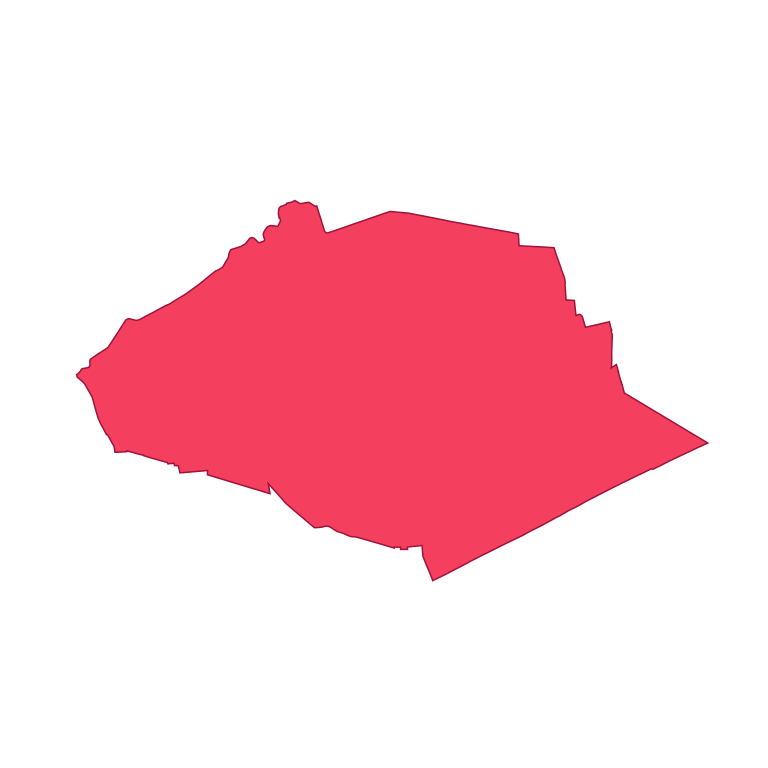 outline of San Nicolás de los Garza, Nuevo León, Mexico, rotated 162°
{"feature_id": "50627088B83196727930026", "entity_name": "San Nicolás de los Garza", "entity_type": "district", "adm_level": 2, "iso_a3": "MEX", "parent_name": "Mexico", "parent_adm1": "Nuevo León", "projection": "equal_earth", "projection_center": [-100.265, 25.736], "detail": "fine", "context": "isolated", "style": "filled", "palette": "rose", "viewbox_px": 768, "rotation_deg": 162, "n_neighbors": 0, "source": "geoboundaries", "source_scale": "gbopen_adm2", "svg_char_len": 5594}
<svg xmlns="http://www.w3.org/2000/svg" viewBox="0 0 768 768"><g transform="rotate(162 384 384)"><path d="M660.1,407.2L661.0,402.2L649.6,399.1L649.3,399.8L644.9,397.1L643.5,396.1L639.1,393.2L636.4,391.5L635.8,391.2L635.3,391.0L634.6,390.8L634.7,390.1L631.9,388.2L631.5,387.8L631.3,387.6L629.4,386.3L625.6,383.8L625.1,383.5L622.7,381.9L621.2,380.8L614.1,376.1L614.2,374.8L608.2,373.5L608.5,371.1L606.6,370.8L606.6,370.4L604.9,369.8L605.5,362.5L581.8,357.0L578.5,356.3L580.0,352.3L558.6,337.3L552.0,332.8L526.3,314.9L524.8,325.0L522.6,320.0L519.1,312.1L517.6,308.8L515.4,303.5L513.7,299.9L506.8,288.5L501.3,279.7L500.0,277.6L497.3,273.2L496.4,271.8L495.7,270.6L494.7,269.0L494.2,268.7L492.8,268.3L489.9,267.6L487.2,267.0L485.5,267.0L484.2,267.0L483.1,266.7L481.7,266.4L481.0,265.9L480.3,265.2L479.1,264.4L479.0,264.1L478.7,263.8L477.5,262.2L476.1,260.5L475.0,259.1L474.4,258.4L473.4,257.7L471.8,256.6L470.3,255.5L468.7,254.4L467.2,252.8L462.5,249.0L460.0,248.0L458.3,247.4L457.4,246.8L454.2,244.7L450.6,242.3L440.3,235.3L438.0,233.8L432.1,229.7L425.0,224.8L424.9,225.8L418.7,223.7L419.3,221.6L412.7,219.4L412.1,221.7L405.6,220.3L397.7,218.6L398.2,216.5L398.7,214.5L399.2,212.4L399.7,210.3L400.2,208.2L400.2,207.9L399.7,199.8L399.4,196.2L399.3,195.9L398.4,183.0L398.4,181.9L391.4,182.9L383.6,184.0L381.6,184.3L375.6,185.4L373.8,185.7L371.7,186.0L365.7,187.0L361.5,187.7L356.7,188.7L352.0,189.4L347.1,190.2L342.8,190.9L338.2,191.5L336.3,191.8L329.0,192.9L324.9,193.5L324.6,193.6L320.6,194.2L309.6,195.7L298.5,197.2L294.2,198.1L289.5,199.0L284.4,199.7L282.7,200.0L280.4,200.3L277.3,200.8L270.7,202.1L268.2,202.5L261.5,203.8L257.2,204.4L254.5,205.0L251.2,205.7L248.7,206.3L246.9,206.7L245.4,206.9L241.4,207.4L239.0,207.8L235.9,208.3L231.2,209.3L227.1,210.1L217.9,211.6L212.2,212.5L204.8,213.7L196.7,215.0L192.5,215.6L187.4,216.5L187.0,216.4L179.2,217.5L173.4,218.3L171.4,218.6L169.6,218.9L168.5,219.1L168.4,218.9L164.4,219.5L160.7,220.0L158.6,220.3L156.5,220.7L156.0,220.7L155.5,220.5L155.1,220.2L154.7,219.8L147.0,220.9L145.5,221.1L141.7,221.7L139.8,222.0L138.1,222.2L137.9,222.3L137.7,222.4L129.1,223.5L119.7,224.7L106.0,226.5L94.3,227.8L157.8,300.7L158.2,301.1L157.8,309.5L157.7,312.9L157.9,312.9L157.5,322.9L157.3,322.8L157.0,330.7L162.9,329.1L162.2,330.2L160.9,334.0L159.8,337.0L159.5,337.9L159.3,338.5L158.8,340.2L158.1,342.5L157.8,343.3L156.6,346.9L155.3,350.1L154.5,352.6L154.3,353.1L153.1,356.3L151.7,360.1L151.6,364.7L150.9,364.7L150.9,364.9L150.9,367.5L150.8,368.5L150.7,370.2L150.5,372.5L150.4,373.5L156.9,374.1L161.9,374.5L162.4,374.5L163.7,374.7L164.8,374.8L167.5,375.0L170.2,375.3L174.9,375.6L174.8,379.2L174.7,382.0L174.6,384.7L174.6,386.0L174.7,387.4L174.9,388.1L175.2,388.5L175.8,389.3L176.3,389.8L180.2,389.9L178.9,396.4L177.1,404.7L179.0,405.4L184.9,407.7L184.5,409.2L184.3,410.2L183.9,411.5L183.6,412.8L182.9,415.5L182.6,416.5L181.2,422.3L180.4,424.3L179.8,426.9L179.6,429.3L179.6,431.2L179.7,433.4L179.9,436.9L179.9,442.1L180.2,452.6L180.2,454.3L180.2,456.3L180.2,461.1L193.1,466.2L212.8,473.7L209.8,485.2L220.0,490.9L224.2,493.1L245.4,504.5L249.1,506.6L249.9,507.0L252.9,508.6L253.3,508.7L257.1,510.8L257.3,511.0L259.7,512.2L261.2,513.1L261.6,513.3L265.7,515.5L271.8,518.8L277.0,521.8L281.9,524.5L287.2,527.5L307.9,538.9L324.9,546.2L328.9,546.2L333.9,546.1L353.5,545.7L361.6,545.6L372.6,545.3L378.9,545.2L383.2,545.1L389.7,545.1L391.2,545.1L392.0,545.6L392.9,546.6L393.3,548.1L393.3,548.5L393.3,549.2L393.2,556.7L393.1,560.0L393.0,573.3L392.9,574.1L394.2,574.0L396.6,576.7L399.2,580.0L401.7,580.5L407.0,581.2L408.4,581.8L409.0,582.4L410.4,584.2L412.2,586.1L413.2,585.8L414.3,585.6L416.2,585.5L420.1,585.9L420.8,586.0L421.4,585.0L425.7,584.7L427.3,584.8L428.7,584.2L429.6,583.4L430.3,582.3L431.0,580.7L431.5,579.4L431.9,578.4L432.1,577.0L432.4,574.3L431.8,574.3L431.9,572.8L431.9,571.9L432.0,571.4L432.2,570.9L432.6,570.5L433.2,569.9L434.6,568.5L435.2,567.8L435.8,567.2L436.2,566.9L436.8,566.9L437.6,567.2L438.1,567.5L439.4,568.2L441.8,569.4L442.7,569.7L443.4,569.7L444.3,569.7L444.9,569.7L446.3,569.5L447.7,568.6L450.8,566.1L451.0,565.9L451.7,565.1L452.4,564.0L452.8,562.8L452.9,558.8L453.0,558.1L453.5,557.5L454.2,557.0L458.3,556.9L459.8,557.5L460.2,558.3L460.9,559.8L461.6,561.2L462.1,562.0L462.9,563.1L463.9,563.9L465.2,564.2L466.2,564.1L466.8,563.9L467.2,563.7L467.4,563.6L468.0,563.2L468.5,562.8L469.0,562.5L469.2,562.3L472.7,560.1L474.1,559.8L477.5,559.0L477.9,559.0L486.5,559.1L486.9,559.1L488.1,559.1L488.9,558.5L489.8,557.5L491.1,556.0L492.4,553.4L493.2,552.3L493.9,551.6L498.5,547.6L500.2,546.0L501.3,545.0L505.5,543.9L509.3,543.5L514.2,541.7L519.2,539.8L524.9,537.5L530.2,535.5L534.4,534.2L544.5,531.0L545.4,530.7L549.7,529.7L553.9,528.7L563.3,526.4L564.4,526.2L565.2,526.2L566.9,526.1L568.2,525.9L571.2,525.4L573.6,524.9L579.6,523.8L581.4,523.4L587.2,522.5L589.0,522.2L595.0,521.1L596.9,520.8L599.1,520.9L600.0,521.1L600.6,521.4L601.4,521.9L606.0,524.8L607.0,525.1L608.3,525.0L609.1,524.9L610.0,524.5L615.3,520.2L616.5,519.2L618.0,517.9L626.4,511.1L633.8,505.2L635.1,504.2L638.6,503.0L639.2,502.9L647.6,500.7L655.5,498.3L656.3,497.3L656.7,496.7L657.0,495.4L657.9,492.6L659.0,491.4L660.3,491.0L665.3,491.7L666.0,491.8L667.2,491.5L668.9,490.0L669.3,489.7L669.8,489.4L670.6,489.0L671.3,488.6L672.0,488.3L673.5,487.9L673.5,487.2L673.7,485.6L670.7,480.6L669.3,478.0L668.7,476.7L667.9,473.0L667.4,470.5L666.8,468.0L665.6,461.5L666.0,452.6L666.3,446.2L666.4,440.1L666.0,435.5L665.5,432.3L664.4,426.6L663.6,421.6L662.6,421.2L661.9,417.4L661.4,415.0L660.7,411.3L660.2,409.0L660.2,408.7L660.1,407.8L660.1,407.2Z" fill="#f43f5e" stroke="#9f1239" stroke-width="1.5"/></g></svg>